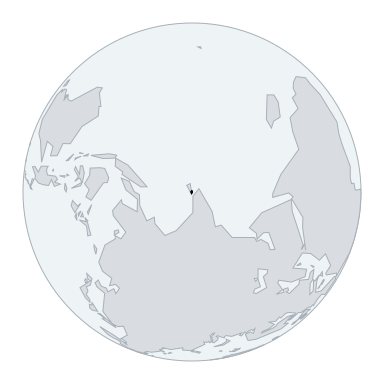 Mannārama on an orthographic globe, rotated 175°
{"feature_id": "LKA-2457", "entity_name": "Mannārama", "entity_type": "District", "adm_level": 1, "iso_a3": "LKA", "parent_name": "Sri Lanka", "parent_adm1": "", "projection": "orthographic", "projection_center": [80.02, 8.88], "detail": "fine", "context": "on_globe", "style": "filled", "palette": "ink", "viewbox_px": 384, "rotation_deg": 175, "n_neighbors": 0, "source": "natural_earth", "source_scale": "10m", "svg_char_len": 8636}
<svg xmlns="http://www.w3.org/2000/svg" viewBox="0 0 384 384"><g transform="rotate(175 192 192)"><circle cx="192" cy="192" r="169" fill="#eef3f6" stroke="#a8b0b8"/><path d="M263.0,38.7L262.9,38.6L263.0,38.7ZM261.5,38.0L259.1,37.3L262.4,38.8L251.7,34.6L257.3,36.3L256.6,35.9L259.0,36.9L261.5,38.0ZM246.2,32.6L244.6,32.2L245.0,32.1L246.2,32.6ZM188.9,23.1L188.6,23.1L188.1,23.1L188.9,23.1ZM40.2,117.9L55.2,95.9L55.2,98.7L65.4,97.6L65.9,99.3L60.3,106.7L64.4,118.8L71.0,112.9L79.1,120.4L87.4,121.6L98.1,107.4L84.6,105.1L86.7,97.8L100.9,93.6L113.3,96.6L114.5,93.9L110.3,86.8L116.9,82.8L109.3,84.1L109.6,87.0L104.9,88.2L104.3,85.7L106.7,84.2L104.0,82.4L93.5,90.8L92.7,94.7L83.4,94.8L81.1,101.6L77.3,104.2L79.6,93.9L82.3,90.5L83.5,79.6L79.9,83.0L78.5,93.8L77.3,92.7L72.4,98.3L75.2,93.1L77.7,81.3L71.8,82.3L57.8,95.1L55.7,95.7L56.9,92.2L68.5,78.3L71.9,78.8L76.0,74.7L80.9,68.2L81.6,69.2L84.0,66.9L85.8,67.2L93.8,62.5L96.5,62.6L105.0,56.3L107.5,55.7L101.8,59.4L99.3,62.4L106.6,63.7L109.5,62.7L114.5,58.7L115.9,59.9L119.7,56.0L126.5,55.6L121.4,53.0L127.0,49.2L134.0,46.9L135.0,45.4L123.6,49.2L119.9,51.2L118.1,53.6L107.2,59.8L103.5,60.4L111.5,52.8L107.2,53.2L115.3,47.8L141.1,39.7L149.1,39.2L151.3,45.6L146.3,47.4L143.1,45.8L141.2,50.6L143.7,48.6L144.9,49.8L150.5,47.1L151.6,48.0L155.2,44.3L157.2,45.0L154.9,47.3L165.0,44.7L170.5,46.0L172.3,45.1L172.6,43.8L179.4,46.7L180.4,45.9L178.6,44.6L179.3,42.4L183.4,39.8L185.5,40.9L184.3,42.0L185.1,46.3L181.7,49.5L183.0,49.7L186.5,47.3L185.5,42.0L187.3,40.2L188.5,42.4L188.2,41.4L189.8,40.9L193.4,41.6L192.4,39.2L206.8,34.0L215.2,35.4L214.6,37.6L226.9,36.9L235.4,39.7L233.6,38.4L238.4,37.9L235.8,36.9L235.3,36.3L246.4,35.9L250.6,37.1L253.4,36.5L252.5,36.0L249.5,35.0L251.7,34.6L262.4,38.8L263.8,39.8L269.5,42.3L272.1,44.3L276.8,47.5L276.3,49.1L280.1,52.0L281.9,52.7L288.3,57.6L295.5,66.0L281.8,55.8L269.5,45.0L273.8,48.8L270.5,47.2L270.6,48.3L273.9,51.4L275.7,52.1L268.9,55.1L272.0,64.3L277.5,64.3L282.8,67.7L291.2,80.8L287.8,98.8L294.8,105.6L296.5,110.0L293.1,112.5L290.6,106.1L285.5,103.6L284.6,99.8L278.3,102.5L276.8,97.3L272.6,102.4L276.2,106.6L282.3,105.8L279.4,113.1L288.0,120.8L291.0,130.2L283.3,146.8L272.5,152.0L272.2,155.1L266.9,151.5L261.4,157.7L272.5,175.4L272.7,180.5L263.0,190.4L262.5,186.5L248.4,177.1L246.9,189.5L257.6,199.8L261.3,212.0L253.5,208.2L249.6,197.5L244.6,193.9L245.2,183.1L239.6,167.2L231.7,170.2L231.7,163.8L222.8,151.0L211.0,154.9L192.9,171.4L191.5,187.6L184.8,194.7L173.7,170.9L171.8,155.3L165.8,156.5L156.0,143.2L133.5,141.2L132.0,137.1L127.4,138.7L120.7,134.2L119.2,127.7L114.3,127.7L119.0,145.0L124.4,145.2L131.3,139.2L131.4,145.3L138.0,151.3L124.4,165.2L93.8,175.9L93.8,163.7L85.9,129.6L87.8,126.2L87.8,125.8L87.9,125.1L84.2,130.6L83.8,124.2L84.9,147.1L83.7,156.9L93.4,176.6L91.7,178.4L95.7,182.6L112.1,179.6L111.6,183.6L102.0,201.7L81.9,225.3L86.3,242.9L87.8,257.5L79.1,265.8L83.8,277.2L79.9,280.4L82.2,286.6L81.3,292.7L78.3,297.9L68.9,295.9L65.3,290.1L55.9,277.9L41.5,249.1L40.6,237.0L38.5,227.0L32.1,203.6L33.2,191.9L32.3,186.4L29.9,186.7L29.3,180.2L28.1,179.5L23.6,180.2L24.1,173.0L26.3,158.8L29.8,144.8L34.4,131.1L40.2,117.9ZM44.0,112.0L42.4,115.0L44.0,112.0ZM123.4,107.9L132.8,109.7L133.8,100.3L137.5,100.4L136.5,97.4L133.8,99.7L132.1,91.7L138.0,89.8L139.6,86.1L136.5,85.4L125.9,90.3L128.3,101.4L123.9,104.8L123.4,107.9ZM95.5,55.7L94.3,57.1L90.9,59.5L87.6,60.8L92.4,57.2L95.5,55.7ZM93.4,58.9L102.3,51.7L104.7,51.1L101.8,52.6L102.6,52.9L98.1,55.4L91.8,62.3L88.4,65.0L84.0,65.0L87.3,63.3L88.3,61.8L93.4,58.9ZM120.5,39.1L124.4,37.3L124.7,38.1L121.1,39.9L117.5,40.9L119.7,39.5L120.5,39.1ZM174.6,23.9L176.7,23.7L177.0,23.9L171.8,24.7L174.6,24.4L175.1,24.9L171.0,25.8L170.7,25.3L166.4,26.8L163.6,26.7L163.3,26.9L159.5,27.4L154.4,28.5L153.7,28.4L152.0,28.9L149.5,29.4L146.9,30.1L144.8,30.3L141.5,31.4L142.4,30.9L137.2,32.7L140.2,31.5L137.2,32.4L135.9,33.1L133.2,33.6L146.7,29.2L160.5,26.0L174.6,23.9ZM184.2,23.2L188.5,23.1L182.9,23.5L178.6,23.8L179.5,23.5L184.2,23.2ZM69.2,96.8L70.2,97.4L72.2,97.5L69.2,101.3L69.2,96.8ZM70.7,88.7L72.0,88.5L68.7,93.3L67.7,92.9L70.7,88.7ZM75.4,84.5L72.3,88.1L73.4,85.9L75.4,84.5ZM103.2,59.2L104.9,59.0L103.9,59.9L101.7,61.2L103.2,59.2ZM157.7,32.2L158.2,31.4L159.4,31.2L163.6,29.4L166.0,29.6L164.4,30.8L157.7,32.2ZM94.2,109.5L90.2,111.9L89.7,110.3L91.1,109.8L94.2,109.5ZM77.8,106.3L80.2,108.8L77.0,107.3L77.8,106.3ZM161.0,32.1L162.5,31.3L162.8,31.9L161.0,32.1ZM168.0,29.7L168.8,30.3L166.8,29.5L168.0,29.7ZM170.5,334.2L173.5,336.0L170.7,336.0L170.5,334.2ZM111.6,257.7L108.7,282.2L102.0,281.6L98.3,274.1L97.6,259.0L104.6,255.4L107.3,248.7L111.6,257.7ZM296.7,239.7L300.6,240.4L300.4,241.1L296.7,239.7ZM292.7,237.1L297.3,237.3L291.8,238.9L292.7,237.1ZM299.1,237.3L303.8,235.7L305.8,234.4L305.4,236.0L299.1,237.3ZM289.5,237.3L271.3,237.3L263.8,235.3L265.8,232.5L277.8,233.1L289.5,237.3ZM265.1,232.4L253.5,224.4L236.3,201.1L242.5,201.5L260.2,215.6L259.1,218.0L266.2,224.3L265.1,232.4ZM292.6,217.3L291.4,224.7L281.5,224.2L276.9,223.1L273.7,213.6L275.5,208.8L279.4,208.9L293.2,192.5L298.2,196.4L294.2,203.3L298.3,209.6L292.6,217.3ZM192.4,189.2L196.7,199.1L193.0,200.6L192.4,189.2ZM298.0,181.2L293.0,188.3L297.3,178.8L298.0,181.2ZM300.2,172.3L300.9,175.9L298.3,172.5L300.2,172.3ZM272.8,159.9L268.8,160.7L268.3,158.2L273.2,155.7L272.8,159.9ZM293.2,138.3L294.5,145.4L294.2,147.9L291.7,143.6L293.2,138.3ZM183.8,35.9L175.2,37.8L170.7,40.1L170.7,42.4L167.1,40.3L174.0,36.8L183.8,35.9ZM203.8,33.9L203.7,32.4L206.2,32.9L206.5,33.3L203.8,33.9ZM202.0,33.1L197.5,31.7L199.1,30.8L202.3,32.1L202.0,33.1ZM179.0,31.0L176.3,31.4L176.1,30.8L179.0,31.0ZM303.9,314.7L307.8,309.3L310.7,308.5L306.1,313.5L303.9,314.7ZM304.4,293.1L277.2,304.7L272.2,303.5L275.6,298.9L275.3,285.1L277.2,285.3L278.7,275.9L296.0,266.8L309.1,250.7L316.3,251.5L323.2,239.9L329.8,240.4L326.5,249.5L331.7,255.1L339.3,234.7L338.4,256.1L339.4,263.6L334.9,277.2L318.1,300.5L312.2,305.3L312.9,303.2L309.9,305.7L308.0,304.9L310.5,297.6L307.5,300.0L312.0,294.3L306.9,299.5L307.5,294.8L304.4,293.1ZM348.4,255.9L348.5,255.6L349.8,251.9L349.7,252.5L348.8,255.1L348.4,255.9ZM354.0,240.1L354.3,238.9L354.2,239.4L354.0,240.1ZM354.4,238.5L355.0,236.3L354.4,238.5L354.4,238.5ZM356.2,227.0L356.6,225.9L356.5,226.8L356.2,227.0ZM306.3,240.3L312.1,234.4L314.9,233.9L306.3,240.3ZM356.3,224.7L355.8,224.6L356.1,223.4L356.3,224.7ZM356.8,222.0L356.9,220.4L356.7,224.2L356.8,222.0ZM356.1,218.5L356.5,221.3L356.0,218.9L356.1,218.5ZM355.6,218.9L355.1,217.7L355.2,217.2L355.6,218.9ZM346.4,221.7L348.7,231.1L346.1,231.0L343.4,225.2L340.0,230.9L333.1,230.2L335.1,226.7L334.5,221.5L326.5,219.6L324.9,216.3L328.0,213.9L322.4,211.3L328.6,209.6L330.9,216.6L334.3,211.0L339.6,212.2L344.2,214.4L347.4,219.6L346.4,221.7ZM328.1,225.1L329.1,225.1L328.0,227.2L328.1,225.1ZM354.2,213.9L354.9,217.3L354.7,218.1L354.3,217.6L354.2,213.9ZM348.2,218.3L351.8,212.4L352.5,212.5L350.0,219.1L348.2,218.3ZM351.2,208.6L352.6,209.4L353.2,212.6L352.9,213.6L351.2,208.6ZM315.3,218.9L315.0,220.8L313.3,219.4L315.3,218.9ZM317.6,217.7L322.7,219.7L317.1,219.3L317.6,217.7ZM301.0,211.2L302.6,215.8L307.9,212.8L303.9,217.1L307.2,224.6L305.8,227.5L302.6,219.3L301.0,227.8L298.7,227.7L297.6,220.5L300.2,211.6L302.5,207.9L311.9,206.2L301.0,211.2ZM317.7,212.0L316.3,206.7L317.3,203.1L318.8,205.9L317.7,212.0ZM311.7,194.0L307.4,188.0L303.9,190.4L310.5,181.7L313.6,188.9L311.7,194.0ZM307.4,180.7L304.2,182.8L307.2,177.9L307.4,180.7ZM303.1,180.8L302.3,176.6L305.1,177.1L303.1,180.8ZM309.2,180.8L309.0,173.7L310.8,177.9L309.2,180.8ZM300.0,167.3L306.7,174.1L298.8,171.2L296.5,157.8L299.7,157.4L300.0,167.3ZM305.5,115.0L303.6,111.5L306.0,110.8L306.6,113.4L305.5,115.0ZM311.9,106.5L306.0,109.5L301.0,112.6L303.4,114.2L304.0,120.1L299.2,114.5L301.4,108.1L305.5,107.0L304.3,102.2L306.3,99.2L303.0,93.4L303.3,91.0L307.5,96.1L311.9,106.5ZM301.4,91.0L296.4,81.4L301.7,83.0L304.0,85.5L304.0,89.1L301.3,88.0L301.4,91.0ZM296.8,79.7L294.0,78.7L280.9,65.6L279.4,63.3L292.2,73.4L290.3,73.1L292.6,76.3L296.8,79.7ZM246.1,32.8L244.8,32.2L246.6,32.8L246.1,32.8ZM233.8,35.8L233.5,35.0L235.7,35.5L233.8,35.8ZM233.8,33.4L231.5,33.3L233.0,32.9L233.8,33.4ZM226.6,33.5L230.2,33.1L228.0,34.2L226.6,33.5Z" fill="#d9dde1" stroke="#a8b0b8" stroke-width="1"/><path d="M191.7,192.9L191.8,192.7L191.8,192.4L191.7,192.2L191.7,191.9L191.8,191.8L192.0,191.6L192.1,191.4L192.2,191.1L192.3,191.1L192.5,190.9L192.5,191.0L192.6,191.3L192.6,191.5L192.5,191.8L192.9,191.8L193.0,191.8L193.1,192.0L192.9,192.1L192.7,192.2L192.5,192.3L192.4,192.4L192.5,192.4L192.6,192.6L192.3,192.7L192.2,192.7L192.1,192.8L192.1,193.1L191.9,193.0L191.7,192.9L191.7,192.9ZM191.1,191.4L191.3,191.4L191.5,191.4L191.6,191.5L191.4,191.5L191.2,191.4L191.1,191.4Z" fill="#0f172a" stroke="#020617" stroke-width="1.5"/></g></svg>